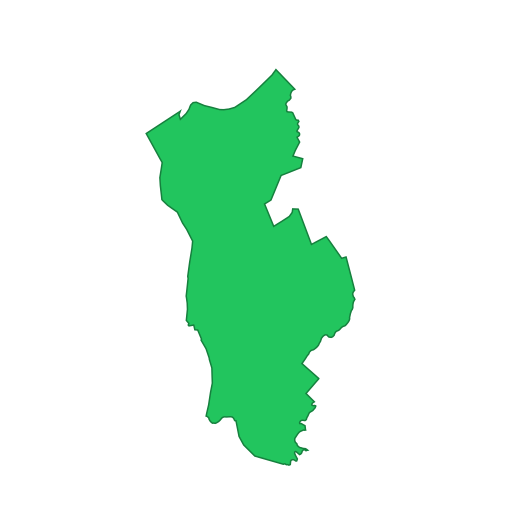 the district of Zarand, Arad, Romania, rotated 129°
{"feature_id": "2599482B32759719925344", "entity_name": "Zarand", "entity_type": "district", "adm_level": 2, "iso_a3": "ROU", "parent_name": "Romania", "parent_adm1": "Arad", "projection": "robinson", "projection_center": [21.64, 46.399], "detail": "fine", "context": "isolated", "style": "filled", "palette": "green", "viewbox_px": 512, "rotation_deg": 129, "n_neighbors": 0, "source": "geoboundaries", "source_scale": "gbopen_adm2", "svg_char_len": 4367}
<svg xmlns="http://www.w3.org/2000/svg" viewBox="0 0 512 512"><g transform="rotate(129 256 256)"><path d="M271.4,364.6L271.6,363.3L272.2,356.5L271.4,344.7L276.6,333.8L278.9,326.7L284.3,314.6L290.2,310.7L302.6,303.6L314.8,296.2L316.2,294.6L325.3,288.7L331.1,285.0L332.5,283.4L335.9,279.8L340.6,275.7L349.9,269.6L350.6,265.8L352.3,265.2L352.5,264.1L348.9,261.0L349.3,260.3L351.8,257.1L350.2,254.7L354.9,246.0L355.9,245.8L359.5,236.4L364.7,228.2L365.7,227.2L370.8,219.8L377.1,214.4L382.3,209.9L390.4,205.6L401.5,199.1L409.5,195.2L411.8,194.0L411.4,193.0L411.4,192.8L411.5,190.9L412.4,189.7L413.1,187.9L413.4,186.0L413.3,184.6L412.5,183.8L411.7,182.4L410.7,181.8L408.3,180.9L406.4,180.6L405.3,180.6L403.5,180.6L402.1,180.2L400.9,179.4L399.7,177.7L398.4,176.3L396.9,174.6L396.1,173.1L396.1,171.7L396.6,170.3L397.1,169.5L397.1,169.0L397.2,168.5L396.6,167.9L406.9,155.6L410.6,146.6L412.2,131.0L400.6,103.7L399.3,102.8L399.1,101.1L398.2,100.1L397.8,98.8L396.5,98.1L395.3,98.9L393.6,100.0L392.3,100.1L391.0,99.2L390.4,97.9L390.3,96.1L389.7,95.4L389.3,95.5L387.7,96.1L386.4,99.2L385.8,100.4L384.9,102.0L384.0,102.5L383.2,102.4L382.8,101.6L382.9,98.6L382.9,97.1L381.6,96.6L380.2,96.6L378.6,97.3L377.0,97.2L376.5,96.8L376.0,96.5L375.9,94.6L375.1,94.2L374.4,93.6L374.4,95.0L374.6,96.3L376.0,98.5L376.7,100.3L377.4,101.6L377.3,104.4L376.8,105.3L376.2,106.1L376.0,108.2L375.2,109.6L373.5,111.0L370.0,111.4L367.6,111.6L365.3,111.5L363.5,110.7L361.4,109.6L360.8,108.6L360.0,107.9L359.6,108.5L358.0,110.1L357.0,111.2L357.4,112.9L357.7,115.3L358.7,116.6L358.0,117.3L356.7,117.6L355.8,117.5L355.1,117.1L354.2,116.3L353.7,115.4L353.1,114.4L352.4,114.1L351.3,114.0L350.3,114.5L349.3,114.8L347.9,115.0L345.3,115.7L344.1,115.9L343.0,115.6L341.2,114.9L340.2,114.6L338.8,114.6L337.2,114.5L335.9,114.8L335.4,114.9L334.9,115.3L335.0,115.7L335.5,116.7L336.2,117.1L336.4,117.4L336.5,118.0L336.5,118.5L336.7,118.8L336.2,119.3L335.0,119.6L334.0,119.4L332.6,118.9L331.4,130.6L311.9,130.0L311.7,130.1L311.0,146.3L310.7,152.6L310.1,152.6L307.4,152.8L304.8,153.0L301.7,153.4L298.8,153.4L297.2,154.0L296.0,153.9L295.0,153.8L294.0,153.3L292.6,152.3L289.9,151.6L287.7,151.3L285.6,151.4L284.1,151.9L281.7,152.2L280.5,152.7L278.6,153.4L276.6,153.4L275.6,153.3L273.9,152.7L273.4,152.2L272.7,151.1L273.0,149.5L273.1,148.5L272.4,147.1L271.7,146.2L270.5,145.6L269.4,145.5L268.4,145.4L267.8,145.7L266.5,146.1L265.0,146.3L263.8,146.1L262.6,145.4L261.5,144.9L260.4,144.7L258.0,144.6L256.3,144.2L254.8,143.3L253.8,142.8L252.1,142.7L250.1,142.7L248.7,142.8L247.6,143.0L246.8,143.3L246.0,143.6L244.9,144.6L243.3,145.4L241.4,146.4L240.5,146.7L238.5,147.5L237.0,147.6L235.8,148.0L235.0,148.4L233.8,149.4L232.3,150.4L231.0,151.1L229.9,151.5L228.2,151.8L227.4,151.9L227.1,152.6L226.6,153.5L226.4,154.6L225.6,155.8L224.8,156.8L223.7,157.5L222.8,157.7L222.0,157.8L220.5,157.8L213.5,167.2L200.1,185.4L203.9,188.0L198.0,208.6L196.7,213.6L212.1,220.2L193.0,252.7L196.3,257.1L199.3,255.3L204.3,255.0L213.8,258.1L221.8,260.9L210.2,282.1L203.1,279.6L177.6,287.2L159.1,276.8L151.0,280.9L155.1,290.2L149.2,291.9L140.0,293.8L138.0,298.7L137.7,298.9L137.4,298.8L137.0,298.6L135.5,298.2L134.7,298.3L133.7,298.9L133.4,299.5L133.1,300.3L133.2,301.1L133.4,301.8L133.5,302.4L133.1,302.9L131.8,303.1L130.8,303.3L129.8,303.4L128.8,303.7L128.1,304.5L128.0,305.1L127.8,306.0L127.5,306.6L127.3,306.8L126.4,307.2L125.2,307.3L124.4,307.4L124.2,308.0L123.9,308.6L124.1,309.1L124.7,309.6L124.9,310.2L124.7,311.4L123.3,314.2L121.6,317.6L121.8,318.8L123.2,320.8L123.5,321.2L123.8,321.7L124.2,322.4L124.3,322.8L123.9,323.5L123.1,324.0L121.9,324.7L120.6,325.7L119.5,328.2L118.8,328.7L117.8,328.8L116.0,328.9L115.1,328.7L114.3,328.3L113.7,328.2L112.8,328.2L111.9,328.2L111.2,328.3L110.7,328.9L110.0,329.5L109.7,330.3L108.6,330.9L107.3,331.5L106.0,331.8L104.8,331.9L103.7,331.7L102.7,331.2L102.0,330.8L99.8,348.3L99.2,352.7L99.2,353.3L98.6,357.8L100.1,357.7L102.8,357.6L105.1,357.4L127.1,360.0L140.5,361.8L153.9,366.0L159.0,369.6L160.7,371.3L162.6,373.1L165.1,376.4L168.3,383.7L171.6,390.7L174.1,399.2L176.4,401.4L179.7,401.8L181.8,401.2L184.1,400.4L189.2,399.9L197.4,400.8L195.5,403.5L194.8,404.7L193.0,405.4L192.1,405.7L191.2,406.0L191.6,406.1L192.9,406.5L194.1,406.9L229.9,418.4L240.7,392.0L242.4,387.7L247.5,384.7L255.6,380.0L261.6,374.5L268.0,368.0L270.8,365.2L271.1,364.9L271.4,364.6Z" fill="#22c55e" stroke="#15803d" stroke-width="1.5"/></g></svg>